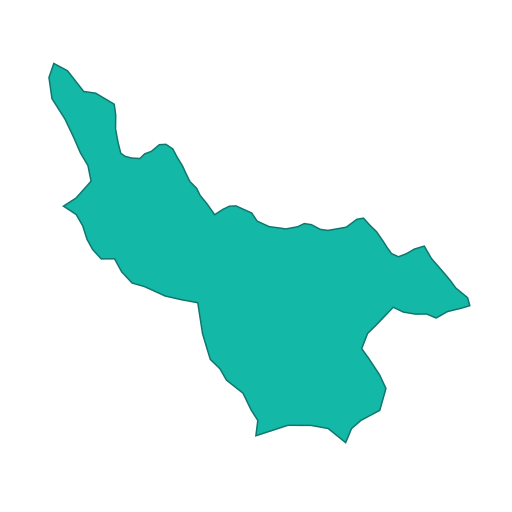 Deryneia, Cyprus (Equal Earth projection), rotated 3°
{"feature_id": "46923920B24128682965394", "entity_name": "Deryneia", "entity_type": "district", "adm_level": 2, "iso_a3": "CYP", "parent_name": "Cyprus", "parent_adm1": "", "projection": "equal_earth", "projection_center": [33.937, 35.078], "detail": "fine", "context": "isolated", "style": "filled", "palette": "teal", "viewbox_px": 512, "rotation_deg": 3, "n_neighbors": 0, "source": "geoboundaries", "source_scale": "gbopen_adm2", "svg_char_len": 1433}
<svg xmlns="http://www.w3.org/2000/svg" viewBox="0 0 512 512"><g transform="rotate(3 256 256)"><path d="M106.5,111.9L87.4,101.8L75.3,100.7L58.1,80.9L44.0,74.3L39.9,88.6L44.0,109.5L58.1,129.3L68.2,148.0L75.3,162.3L83.4,174.4L87.4,189.9L73.3,207.5L61.1,216.3L74.3,224.0L81.4,235.0L86.4,248.2L92.5,258.1L101.6,267.0L114.9,266.2L122.7,278.9L133.7,289.5L146.0,292.3L167.3,300.7L184.1,303.6L200.3,305.7L206.7,336.4L211.8,350.7L215.8,361.7L225.9,370.5L233.0,381.5L250.2,393.7L259.3,410.2L266.4,420.1L265.3,435.5L296.7,423.4L319.9,422.3L337.1,424.5L355.3,437.7L360.4,423.4L369.5,414.6L387.7,403.6L392.7,381.5L385.7,368.3L373.5,351.8L366.4,343.0L371.5,327.5L379.6,318.7L395.7,300.0L406.1,304.3L418.4,305.7L429.4,305.0L439.1,308.5L450.1,301.5L464.3,297.2L472.1,294.4L469.5,286.6L457.2,277.5L451.4,270.4L444.9,263.4L431.3,249.3L423.5,237.3L413.8,240.8L406.1,245.8L398.3,249.3L391.2,246.5L386.6,240.8L382.1,234.5L375.0,225.3L368.5,219.7L361.4,212.6L354.9,214.0L344.6,222.5L326.5,226.7L318.7,226.0L309.7,221.8L302.5,221.1L296.1,224.6L284.4,227.4L276.7,226.7L267.6,226.0L255.3,221.1L249.5,213.3L233.3,207.0L226.8,207.7L220.4,211.2L212.6,216.9L204.2,206.3L197.1,198.5L193.2,191.5L186.1,185.1L182.2,178.1L177.7,169.6L171.9,161.2L167.3,153.4L160.2,149.2L153.7,149.9L146.0,157.0L139.5,159.8L135.0,164.7L126.6,164.7L120.1,163.3L115.6,160.5L112.3,149.9L109.1,136.5L108.5,122.4L106.5,111.9Z" fill="#14b8a6" stroke="#0f766e" stroke-width="1.5"/></g></svg>